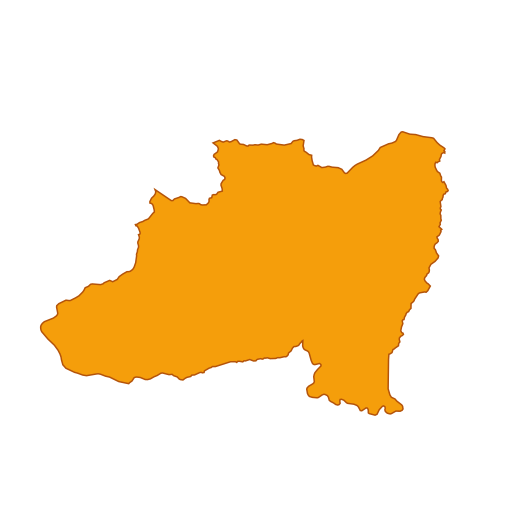 Nova Canaã do Norte, Mato Grosso, Brazil (Mercator projection), rotated 17°
{"feature_id": "56859067B70973465744511", "entity_name": "Nova Canaã do Norte", "entity_type": "district", "adm_level": 2, "iso_a3": "BRA", "parent_name": "Brazil", "parent_adm1": "Mato Grosso", "projection": "mercator", "projection_center": [-56.025, -10.669], "detail": "fine", "context": "isolated", "style": "filled", "palette": "amber", "viewbox_px": 512, "rotation_deg": 17, "n_neighbors": 0, "source": "geoboundaries", "source_scale": "gbopen_adm2", "svg_char_len": 6134}
<svg xmlns="http://www.w3.org/2000/svg" viewBox="0 0 512 512"><g transform="rotate(17 256 256)"><path d="M131.5,261.2L132.3,262.2L133.7,262.1L135.6,263.8L138.1,267.1L138.6,268.2L138.4,269.3L137.4,269.9L138.9,272.0L139.3,273.6L138.9,277.1L139.2,278.2L140.7,280.6L141.1,282.0L140.9,284.7L141.3,286.7L141.2,289.2L141.8,290.8L142.9,297.6L142.7,302.5L142.0,304.9L140.2,307.4L138.8,308.2L137.2,308.7L133.8,312.3L131.2,315.7L130.2,318.9L126.5,322.5L123.2,322.1L118.6,326.0L117.9,327.3L115.8,328.8L107.6,330.6L106.1,331.4L104.6,334.0L101.9,336.3L101.5,339.1L100.8,341.2L98.3,345.9L95.7,348.8L91.4,352.9L90.2,353.3L87.2,353.8L81.4,359.2L80.0,361.7L80.2,363.1L83.2,368.8L83.2,370.1L82.6,371.7L80.4,374.6L72.8,380.7L71.4,382.9L70.7,385.1L70.8,386.8L71.4,388.5L72.2,389.9L73.3,391.1L81.4,396.3L89.2,400.2L94.3,404.0L97.2,407.0L99.1,409.6L100.3,412.1L103.1,416.5L107.0,418.9L116.5,420.3L119.6,420.2L125.1,420.5L128.9,420.0L137.6,415.6L139.4,414.8L141.7,414.5L147.3,414.9L151.4,414.6L161.4,416.2L171.6,415.3L172.2,414.0L173.9,411.9L175.1,407.9L176.0,407.2L177.3,406.6L180.9,406.0L186.1,406.5L188.4,405.9L190.9,404.4L193.7,401.4L196.5,399.1L199.3,395.9L200.8,395.2L207.5,394.9L210.4,393.7L212.1,394.5L216.1,394.7L218.5,396.1L219.8,396.3L222.4,395.9L224.0,393.7L225.5,392.2L228.8,390.3L229.4,388.7L232.0,387.7L236.3,383.9L237.5,383.3L238.9,383.4L240.4,382.6L240.3,380.9L244.0,376.9L245.8,375.7L246.6,374.5L249.5,373.6L262.5,364.6L267.2,363.1L268.7,363.4L269.2,362.2L270.6,361.6L274.3,361.1L275.2,359.7L276.6,359.4L280.3,356.8L284.3,357.1L286.5,356.3L287.1,354.9L287.9,354.2L290.5,352.8L292.1,352.8L293.2,352.1L293.7,351.2L295.2,350.8L296.7,350.0L299.6,350.0L304.8,348.2L306.4,346.9L308.6,346.3L312.3,344.1L314.1,343.6L314.9,342.7L315.6,341.2L315.5,339.2L317.3,336.5L317.8,333.5L318.7,331.6L320.5,330.9L322.4,329.5L323.1,328.5L323.5,326.8L324.4,325.4L324.7,324.2L325.5,323.2L326.9,328.3L327.8,329.7L328.8,330.8L330.1,331.4L333.0,331.8L334.2,332.3L335.2,333.3L339.4,339.9L341.5,342.3L342.7,342.8L344.0,342.7L348.2,340.2L349.8,340.8L350.3,342.1L348.0,346.6L346.5,350.3L346.3,352.1L346.5,354.5L348.5,359.1L348.4,360.4L347.7,361.6L344.4,365.2L343.4,367.4L343.5,368.6L345.4,372.4L346.6,373.7L348.1,374.7L351.2,374.7L356.0,373.7L357.0,373.1L359.9,369.5L361.0,368.6L362.3,368.2L365.0,368.6L366.4,369.7L368.3,372.6L370.0,373.3L373.0,373.8L375.7,374.7L377.8,374.6L379.0,373.7L379.5,372.3L378.5,370.1L378.4,368.6L379.6,368.0L382.2,368.2L385.5,369.9L386.8,370.1L392.9,369.1L396.1,369.4L397.2,369.8L398.3,370.6L400.9,373.3L402.4,373.1L405.7,369.1L406.8,368.9L408.2,370.0L409.3,373.2L410.4,373.6L416.4,373.4L418.0,372.0L418.8,366.9L420.8,362.8L421.9,362.0L423.5,362.6L424.1,363.8L424.2,365.4L425.2,366.9L427.4,367.9L429.5,367.9L430.7,367.7L431.6,367.1L435.1,363.4L439.2,362.3L440.8,360.9L441.3,359.3L440.1,356.8L438.9,355.8L433.1,353.6L430.7,352.1L426.7,351.5L424.6,349.6L421.2,344.4L413.0,316.3L411.8,311.1L412.8,310.4L414.3,308.6L414.3,305.4L415.4,304.4L416.1,303.2L418.5,300.2L418.0,297.9L418.7,296.1L417.3,293.7L417.1,292.4L418.0,290.3L419.2,289.2L419.9,287.8L419.1,286.8L417.8,286.7L416.3,285.2L415.9,281.2L416.2,277.8L414.8,275.3L415.1,274.1L416.1,273.5L415.9,271.1L416.5,268.5L416.4,267.3L417.0,265.6L418.2,264.6L418.5,262.5L419.5,260.8L418.2,256.1L419.5,254.2L420.2,252.7L420.3,251.0L422.1,244.9L423.1,243.5L427.7,241.1L429.3,240.9L430.4,239.0L431.5,233.8L428.6,232.2L427.3,231.9L424.7,230.2L423.8,229.0L423.7,227.3L424.8,224.9L424.8,223.3L426.0,221.6L426.2,220.4L425.9,218.7L424.9,216.8L425.7,212.8L428.8,208.8L430.7,204.6L430.6,202.5L427.7,200.3L425.6,197.4L424.2,196.7L423.6,195.1L423.6,193.2L424.0,192.0L425.3,190.3L426.0,188.6L425.4,187.1L424.1,186.0L423.4,184.9L425.2,182.4L425.8,178.6L425.1,177.5L425.9,176.2L422.4,174.5L423.0,171.9L422.3,170.6L422.7,167.6L421.9,166.4L420.9,163.2L419.7,161.8L419.5,160.0L419.7,157.8L418.5,157.1L418.2,155.9L418.4,154.7L416.2,150.1L416.8,148.7L417.6,147.7L417.4,146.3L417.6,144.9L417.2,143.4L417.5,142.0L418.8,141.1L419.0,139.1L420.3,138.3L420.6,137.2L419.7,136.1L418.4,135.4L417.0,132.9L414.0,130.0L413.2,131.1L412.0,130.6L411.3,129.8L410.3,126.3L409.3,125.5L407.6,123.1L404.8,122.2L403.4,120.9L401.4,118.7L400.5,116.8L400.2,115.2L400.6,113.7L401.9,113.9L402.6,112.7L404.0,111.5L403.2,110.0L403.8,106.8L403.5,104.5L404.0,103.3L405.2,102.3L406.4,102.4L406.0,100.8L404.9,100.5L405.4,98.3L404.1,97.6L399.3,96.2L396.0,94.6L391.4,91.5L389.6,91.5L380.8,93.0L373.2,93.2L367.5,94.5L360.0,94.3L358.6,95.0L357.2,98.1L356.5,104.3L355.9,105.7L353.1,108.2L349.9,110.0L343.1,115.9L342.2,119.2L338.3,126.2L333.2,132.1L326.0,138.5L324.3,140.4L322.6,142.9L318.9,150.2L317.4,150.9L316.2,150.6L312.7,148.0L308.7,147.5L302.8,148.8L299.6,148.9L298.3,149.3L296.4,150.7L293.1,152.2L288.7,151.2L287.4,152.4L285.4,152.4L284.2,152.1L281.8,148.4L280.2,145.1L279.8,143.4L277.0,143.5L273.8,142.2L271.5,141.6L270.8,140.8L270.5,139.4L268.9,136.9L268.1,131.5L266.2,131.1L263.9,131.5L261.4,133.4L258.8,134.6L257.8,135.5L256.7,138.2L250.6,141.7L242.7,143.0L241.3,142.5L239.6,142.5L238.4,143.7L234.2,146.3L228.3,147.5L225.6,149.3L222.5,149.9L220.7,150.9L217.0,151.9L216.2,153.2L214.9,153.5L211.4,153.0L208.6,153.6L207.5,153.5L203.8,150.7L201.8,150.9L198.9,153.8L197.4,154.8L195.2,154.3L194.1,154.5L191.3,156.7L188.7,156.5L187.2,156.1L181.9,160.4L186.1,162.0L187.1,162.5L188.5,164.1L188.8,165.7L188.7,167.8L186.2,171.1L186.1,172.7L186.8,173.7L188.4,173.9L189.3,175.0L190.4,175.1L192.7,177.0L193.0,178.3L193.9,179.7L193.8,182.9L196.0,184.9L197.0,186.5L198.8,188.3L202.5,189.1L203.6,190.4L203.6,192.0L202.5,193.2L201.5,197.0L201.8,198.5L204.0,201.6L204.8,203.8L201.1,206.1L200.2,208.6L199.0,209.3L197.5,209.7L196.4,210.5L196.6,213.2L194.6,214.4L194.5,215.6L195.2,217.6L194.9,219.2L193.5,221.6L189.8,222.9L188.2,223.1L186.6,222.5L185.5,222.6L183.3,223.5L177.2,224.5L171.8,221.5L167.6,221.0L166.4,221.3L165.4,222.4L161.3,225.3L160.3,227.3L158.8,227.8L140.0,222.0L141.4,223.9L141.5,226.2L140.8,228.4L139.2,231.3L138.6,235.0L139.1,236.4L140.4,236.3L141.6,236.7L142.8,237.7L145.3,241.9L145.9,243.7L144.9,245.3L142.5,251.4L141.9,252.3L139.1,254.5L137.7,256.1L134.8,258.1L132.9,260.5L131.5,261.2Z" fill="#f59e0b" stroke="#b45309" stroke-width="1.5"/></g></svg>